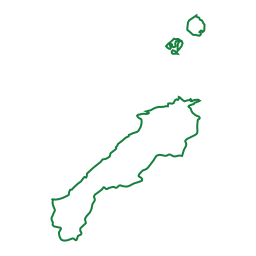 an SVG outline of Shimane
{"feature_id": "JPN-1824", "entity_name": "Shimane", "entity_type": "Prefecture", "adm_level": 1, "iso_a3": "JPN", "parent_name": "Japan", "parent_adm1": "", "projection": "natural_earth1", "projection_center": [132.68, 35.321], "detail": "fine", "context": "isolated", "style": "outline", "palette": "green", "viewbox_px": 256, "rotation_deg": 0, "n_neighbors": 0, "source": "natural_earth", "source_scale": "10m", "svg_char_len": 4207}
<svg xmlns="http://www.w3.org/2000/svg" viewBox="0 0 256 256"><path d="M52.3,199.5L52.8,199.3L55.5,199.6L58.6,199.2L62.6,198.0L65.5,196.6L67.1,195.9L68.7,194.9L69.1,192.3L69.4,191.4L70.1,189.9L72.1,189.5L72.5,188.7L74.5,186.8L77.5,184.0L81.1,181.3L83.3,178.2L84.5,177.0L86.2,177.5L86.8,176.0L87.0,173.6L91.3,169.6L93.2,167.9L95.5,166.0L100.7,161.9L102.5,159.5L105.6,158.9L107.6,158.0L109.7,156.5L110.6,153.2L113.3,151.1L115.3,149.6L116.2,148.5L115.9,147.3L117.3,145.7L117.9,144.1L123.2,139.9L125.7,137.7L128.7,136.3L128.9,134.9L130.5,134.4L132.8,133.2L136.9,132.0L138.4,130.9L139.6,128.8L140.6,127.0L141.4,124.2L141.6,122.3L141.6,120.9L141.3,119.3L139.8,118.5L137.8,117.1L137.1,115.8L138.1,114.7L140.0,114.5L142.3,113.8L144.0,113.8L147.0,113.9L148.2,113.6L148.8,113.0L147.9,112.2L146.2,111.4L147.1,111.2L148.6,110.7L150.6,110.3L153.2,108.8L156.2,107.5L158.6,107.0L163.7,106.8L165.9,106.2L167.9,106.3L168.2,103.6L169.9,103.3L171.9,103.7L173.6,103.1L174.4,101.4L175.2,100.1L176.4,99.4L177.9,99.9L178.8,98.6L178.8,97.0L180.0,97.5L181.3,98.9L183.2,100.5L184.6,101.3L187.5,100.3L189.1,100.2L190.6,99.1L191.1,99.6L190.5,100.7L190.9,101.1L192.0,101.2L192.6,100.8L194.4,100.0L196.2,99.8L198.1,99.7L199.7,100.7L198.5,101.4L197.3,101.8L196.2,102.3L194.7,102.7L193.6,104.2L193.2,104.1L189.3,105.6L188.9,105.9L188.5,106.4L188.8,106.9L189.2,107.3L190.2,108.1L190.5,108.4L190.8,108.9L191.0,109.3L191.3,110.3L191.4,110.8L192.2,112.2L192.9,113.1L195.2,114.9L196.3,115.6L198.9,116.6L199.2,116.9L199.4,117.1L199.6,117.5L199.7,118.0L199.5,118.6L198.8,119.2L198.4,119.4L198.0,119.6L197.7,120.4L197.2,126.5L197.4,130.2L197.4,132.2L196.8,133.7L194.9,135.1L187.4,138.8L186.2,139.7L185.3,140.7L185.4,141.9L186.0,142.8L186.3,144.2L186.0,146.0L183.9,149.9L182.1,155.9L179.3,155.5L175.5,156.4L174.0,156.4L172.7,156.0L170.1,154.5L169.0,154.5L166.6,155.7L165.2,155.8L159.6,154.8L157.7,155.3L156.3,156.0L155.4,157.3L153.6,160.3L148.1,167.5L146.5,168.9L145.2,169.6L143.3,170.2L142.2,171.0L141.2,172.0L139.4,174.0L138.8,175.0L138.6,175.6L138.7,176.2L139.3,176.7L140.4,177.3L141.5,178.1L142.1,179.2L141.9,180.6L141.0,181.2L133.8,183.5L130.1,185.5L128.0,186.3L126.8,186.6L123.3,186.3L121.9,185.9L120.6,185.4L119.3,185.5L118.4,186.1L117.3,187.3L116.2,187.8L115.2,187.7L114.2,187.1L112.8,186.9L108.8,188.0L107.2,189.0L106.1,188.9L105.2,188.3L104.5,187.5L103.5,187.3L102.9,188.2L101.8,189.5L99.9,191.1L95.0,194.6L94.2,195.9L94.0,197.2L94.7,198.6L94.8,199.9L94.5,201.0L93.0,203.2L92.3,204.8L92.0,206.2L91.7,208.1L91.1,210.0L89.8,212.6L87.0,215.6L85.6,217.6L85.0,219.1L85.2,220.5L85.6,221.4L85.8,223.2L80.5,228.1L80.2,229.4L80.4,231.1L81.0,232.0L81.3,232.6L81.4,233.5L81.1,234.2L80.7,234.7L78.2,235.8L77.9,236.2L77.6,236.9L77.0,238.8L76.5,239.9L75.8,240.2L75.1,239.8L74.1,238.9L73.0,238.4L72.0,238.6L67.4,240.3L64.5,240.6L62.9,240.4L61.7,239.9L60.8,239.0L60.2,237.9L59.6,236.5L59.2,234.9L59.0,233.6L59.0,232.5L59.4,231.6L60.9,229.1L60.9,228.5L60.6,227.8L54.1,226.4L52.9,225.4L52.6,224.4L52.8,223.3L52.8,222.1L52.0,220.8L51.5,219.0L51.7,217.4L52.5,215.9L53.9,212.5L54.4,211.7L54.8,210.7L54.8,209.6L53.2,205.8L52.9,204.7L52.6,203.0L52.6,202.1L52.8,200.6L52.7,200.2L52.3,199.5ZM203.2,22.9L204.5,24.7L204.3,30.2L203.7,31.3L202.6,32.0L201.9,30.7L201.1,30.6L200.3,31.2L199.5,32.0L200.6,32.8L200.9,33.8L200.6,34.8L199.5,35.7L198.9,35.6L195.3,34.9L193.4,34.9L192.8,34.6L188.6,30.8L187.7,30.4L187.2,29.3L188.0,22.5L189.2,20.3L196.5,15.4L196.6,16.7L197.3,17.2L198.2,17.4L199.0,17.6L199.3,18.0L199.6,19.0L199.8,19.5L200.4,19.9L201.5,20.3L202.0,20.6L202.5,21.3L202.9,22.3L203.2,22.9ZM177.2,39.0L178.4,39.1L178.4,40.1L178.3,40.9L177.0,41.2L175.8,41.7L175.2,43.7L175.4,44.8L175.6,45.6L175.5,46.3L174.6,47.0L173.8,47.2L173.0,46.9L172.3,46.4L172.1,45.9L172.1,44.9L171.9,44.3L171.5,44.1L170.6,44.1L169.7,44.6L170.0,45.8L170.9,47.8L170.1,48.9L168.9,48.7L167.5,47.7L166.1,46.3L167.9,44.1L171.9,40.9L174.0,38.7L175.6,39.3L177.2,39.0ZM181.4,41.0L182.6,43.2L181.5,46.2L179.4,49.0L177.6,50.8L177.6,47.6L177.8,44.3L178.9,41.8L181.4,41.0ZM171.7,51.5L172.7,50.3L174.6,50.9L176.5,52.4L177.6,53.8L176.4,53.6L173.1,53.8L172.5,53.6L172.0,53.0L171.7,52.2L171.7,51.5ZM178.6,40.1L178.9,39.5L180.7,40.6L178.9,41.0L178.6,40.1Z" fill="none" stroke="#15803d" stroke-width="2"/></svg>